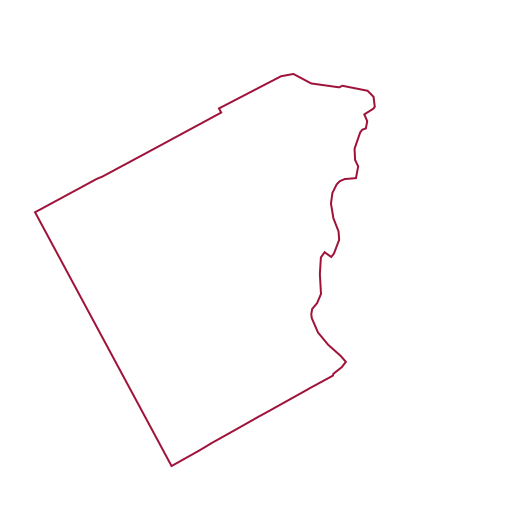 Monroe, Michigan, United States of America (Mercator projection), rotated 333°
{"feature_id": "52423323B88376990357091", "entity_name": "Monroe", "entity_type": "district", "adm_level": 2, "iso_a3": "USA", "parent_name": "United States of America", "parent_adm1": "Michigan", "projection": "mercator", "projection_center": [-83.415, 41.909], "detail": "fine", "context": "isolated", "style": "outline", "palette": "rose", "viewbox_px": 512, "rotation_deg": 333, "n_neighbors": 0, "source": "geoboundaries", "source_scale": "gbopen_adm2", "svg_char_len": 979}
<svg xmlns="http://www.w3.org/2000/svg" viewBox="0 0 512 512"><g transform="rotate(333 256 256)"><path d="M270.3,397.5L271.4,396.1L281.9,394.0L288.0,391.1L286.1,383.5L280.0,367.9L276.5,352.3L277.5,336.6L278.8,333.0L282.0,328.7L289.1,325.7L296.7,319.3L304.7,301.1L313.2,286.7L318.9,283.8L319.0,284.1L322.6,291.0L326.6,289.2L333.7,282.7L337.4,279.4L340.7,271.6L340.9,269.8L342.1,257.5L346.6,243.3L352.7,234.5L360.4,228.8L364.6,227.4L369.9,227.7L380.4,232.0L387.7,222.6L387.9,215.4L392.5,205.2L404.9,193.2L408.0,191.7L411.8,192.2L416.3,186.4L416.8,179.0L427.6,178.0L429.6,176.9L433.0,167.5L430.4,159.4L410.2,143.5L406.7,143.5L383.5,127.3L372.0,110.8L359.9,107.2L290.0,107.7L290.1,112.4L219.1,114.1L155.1,115.5L149.1,115.0L79.0,116.7L85.4,404.8L85.5,404.8L117.8,403.5L131.9,402.5L143.5,402.1L153.3,401.7L159.2,401.5L161.0,401.4L185.8,400.3L186.6,400.3L191.6,400.2L240.1,398.4L240.6,398.4L242.8,398.3L244.0,398.2L270.3,397.5Z" fill="none" stroke="#9f1239" stroke-width="2"/></g></svg>